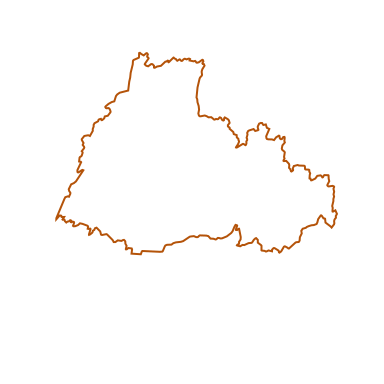 outline of Kemerovo, rotated 310°
{"feature_id": "RUS-2401", "entity_name": "Kemerovo", "entity_type": "Region", "adm_level": 1, "iso_a3": "RUS", "parent_name": "Russia", "parent_adm1": "", "projection": "natural_earth1", "projection_center": [87.523, 54.5], "detail": "fine", "context": "isolated", "style": "outline", "palette": "amber", "viewbox_px": 384, "rotation_deg": 310, "n_neighbors": 0, "source": "natural_earth", "source_scale": "10m", "svg_char_len": 6005}
<svg xmlns="http://www.w3.org/2000/svg" viewBox="0 0 384 384"><g transform="rotate(310 192 192)"><path d="M260.6,64.9L261.3,64.7L264.4,62.2L265.1,62.6L265.1,64.5L265.6,67.2L268.6,67.7L269.1,67.9L269.4,68.4L269.1,69.7L267.4,70.3L266.8,70.7L266.8,72.3L266.4,72.9L259.9,73.5L259.4,73.8L259.3,75.8L260.1,77.6L263.8,78.5L264.5,79.6L264.3,81.7L262.9,82.9L263.2,83.6L265.7,84.6L268.7,87.1L274.7,87.8L275.5,88.5L277.0,88.9L277.2,89.4L276.4,90.1L276.3,90.6L276.6,90.8L283.1,91.4L283.2,91.6L283.0,92.8L283.5,94.1L283.0,95.7L283.1,96.4L285.6,97.2L285.8,97.7L285.5,99.0L285.8,99.9L286.4,100.2L288.0,100.2L289.2,100.6L289.5,100.9L290.1,102.6L291.9,103.6L292.4,104.2L292.6,105.0L291.2,105.6L293.1,109.2L294.4,110.1L294.4,110.8L294.0,112.1L294.2,112.7L295.7,113.8L299.9,114.9L300.1,115.6L299.4,116.7L297.3,117.2L297.0,118.0L297.6,118.9L296.8,120.4L292.7,121.0L291.2,121.6L290.2,122.2L288.2,124.4L287.4,124.7L284.9,124.6L283.6,125.0L275.7,129.0L267.3,134.7L266.4,136.4L264.3,138.5L262.2,141.8L259.6,144.5L256.2,146.4L255.0,148.2L255.0,149.2L255.6,150.0L258.8,152.6L259.5,154.5L259.8,156.6L261.7,158.7L261.7,162.4L262.1,162.9L263.4,163.4L264.0,164.6L264.7,165.2L266.9,165.2L267.3,165.8L267.4,166.7L266.6,168.7L266.8,170.0L267.5,170.3L269.2,169.2L270.2,169.2L270.8,172.6L270.6,174.2L269.1,176.4L266.3,176.5L265.3,177.4L265.5,179.4L264.6,180.2L264.5,185.1L263.2,186.8L264.3,189.6L262.6,191.3L262.6,193.2L261.7,194.2L261.1,195.4L260.6,195.8L257.9,196.6L254.9,196.9L254.4,197.1L254.5,197.4L255.2,197.9L261.5,200.0L261.9,200.5L262.2,202.8L262.9,203.0L264.3,202.4L265.7,201.1L267.2,200.9L268.1,200.1L268.6,199.0L271.7,197.6L272.7,196.3L274.7,195.8L275.9,196.2L279.8,198.7L279.4,201.2L281.7,202.8L282.3,202.9L283.6,201.0L284.4,200.3L287.5,199.5L289.1,200.3L289.9,201.4L289.3,202.9L289.2,203.6L291.2,205.1L289.3,208.1L290.0,210.7L282.4,213.0L281.1,214.4L280.8,215.4L281.4,216.6L283.7,219.5L284.5,221.5L288.0,221.3L291.0,222.3L291.2,222.8L289.5,224.9L289.6,226.2L290.3,226.8L292.8,226.6L293.6,227.4L293.1,228.2L290.5,229.9L289.6,231.3L285.8,231.3L283.1,232.8L282.6,233.4L282.3,234.1L282.3,236.9L282.0,237.6L278.0,240.0L277.1,241.4L275.6,241.6L274.7,242.0L274.7,242.5L276.4,244.2L275.9,248.1L275.1,249.3L272.9,250.8L272.6,252.8L271.5,254.5L271.7,255.1L273.5,255.5L274.0,255.2L274.5,254.2L277.3,253.3L280.6,255.6L281.0,256.9L284.2,261.0L284.3,261.7L284.0,262.2L282.3,263.8L282.2,264.2L282.3,264.6L284.2,267.1L284.2,267.7L283.0,268.8L282.3,270.5L280.8,271.2L278.0,273.2L277.9,273.4L278.4,274.1L277.5,275.7L277.9,276.2L281.5,277.8L284.9,277.6L287.4,279.8L287.5,280.6L287.0,282.5L287.5,282.8L289.5,282.4L290.1,282.6L292.5,285.7L292.4,286.0L290.0,288.2L288.5,290.2L284.6,291.1L284.0,291.5L283.9,292.6L284.1,293.1L287.1,295.8L287.5,297.1L287.3,297.6L285.4,298.3L283.6,300.7L281.2,301.9L279.8,303.8L277.5,304.8L276.0,306.1L271.4,308.4L270.3,310.0L267.6,311.9L267.4,312.3L267.9,312.8L270.1,313.6L268.4,317.1L266.0,317.6L264.8,318.8L263.1,318.8L261.9,319.1L260.7,319.9L259.6,321.1L258.5,321.6L254.5,321.8L254.7,320.2L254.4,313.9L257.0,311.2L257.0,310.6L256.3,309.7L257.2,306.7L257.1,305.9L256.8,305.7L252.3,306.1L249.2,307.6L247.5,308.0L245.0,306.6L243.3,304.9L240.8,303.3L239.0,302.4L237.7,302.2L235.0,300.4L232.5,300.7L230.8,302.7L226.7,303.7L223.9,305.7L222.3,305.9L220.7,304.3L219.9,303.8L211.0,302.6L210.7,302.1L210.7,300.9L210.2,298.4L209.8,297.8L209.1,297.6L203.8,298.5L201.8,298.0L201.7,297.4L202.7,296.1L202.7,295.5L202.1,291.5L201.8,290.8L201.2,290.5L199.3,290.4L198.0,291.4L196.4,288.2L194.6,287.4L193.9,286.9L193.6,285.5L192.0,283.1L192.0,282.7L195.5,279.8L195.7,279.1L195.5,275.0L197.6,273.2L197.9,270.8L197.3,270.4L195.2,270.1L192.0,270.5L191.3,270.3L189.2,268.2L185.0,266.2L183.9,264.7L181.4,263.8L180.0,261.0L180.0,260.7L180.7,260.6L182.4,261.3L183.3,260.8L183.9,260.1L186.9,259.7L188.8,258.3L194.1,251.7L193.7,251.3L191.8,251.0L191.2,250.0L191.7,249.6L195.2,248.3L195.4,247.8L194.8,246.5L192.8,246.8L188.0,248.3L185.8,248.4L180.4,247.2L175.8,244.8L174.8,243.8L174.1,242.2L173.4,241.3L171.4,241.0L170.8,240.6L170.0,238.5L168.2,236.1L168.7,232.9L167.8,231.0L163.8,225.9L162.9,225.6L161.7,225.6L160.7,225.0L160.1,224.1L159.4,221.8L157.2,219.7L156.3,219.0L148.7,216.8L146.7,215.5L143.0,212.0L140.8,210.6L138.5,210.1L135.5,206.8L134.0,206.0L132.9,206.1L128.1,207.6L127.3,207.6L125.6,205.9L114.9,191.9L114.2,191.8L111.4,192.8L105.9,185.3L109.5,183.0L110.0,182.1L108.2,179.3L106.1,178.8L105.6,178.3L105.7,178.0L108.7,176.5L109.6,174.2L111.3,172.6L111.5,171.8L111.6,170.7L111.0,170.1L109.2,169.4L107.2,166.2L104.4,165.5L103.3,164.2L104.1,162.4L104.3,161.0L104.9,154.2L104.7,153.5L101.2,150.7L100.9,149.7L102.8,147.0L103.3,141.8L101.9,141.0L100.1,141.5L98.6,141.0L97.1,141.7L96.4,141.7L93.9,141.2L93.0,140.7L93.3,140.3L98.4,138.1L98.5,137.5L97.2,136.5L96.8,135.7L98.5,134.8L98.9,134.3L98.9,133.4L97.2,128.6L96.0,126.3L93.5,126.0L90.7,124.5L89.6,123.3L89.6,122.6L92.6,121.5L93.1,120.8L92.7,119.8L91.2,119.0L91.1,118.7L92.3,118.1L92.4,117.5L92.1,116.8L90.5,116.6L89.2,115.6L87.8,115.3L88.0,113.3L88.8,112.1L88.7,111.7L87.7,110.9L87.7,110.5L90.7,110.1L89.1,108.3L89.1,107.9L89.8,107.1L89.6,106.6L88.9,105.7L83.9,105.6L84.8,104.9L104.7,98.7L106.6,98.3L108.9,99.7L109.3,100.8L112.5,99.9L113.3,99.2L113.8,97.3L114.9,95.8L120.2,94.5L122.9,95.8L125.5,96.3L138.8,94.8L138.6,94.0L137.8,93.5L134.1,92.5L133.7,92.0L133.7,91.5L134.4,90.7L135.3,90.1L143.6,87.9L143.7,87.4L142.8,85.9L146.0,83.8L146.7,83.7L148.3,84.2L149.1,84.1L151.8,83.0L152.2,82.4L152.4,81.3L155.9,81.2L156.8,80.9L157.3,80.2L157.8,78.0L159.8,77.4L161.0,74.2L161.6,73.6L165.7,73.5L168.4,75.7L168.9,76.3L169.3,77.8L175.1,76.7L176.4,75.5L178.9,74.6L180.2,73.5L182.0,73.1L185.8,74.6L187.3,74.0L188.1,74.2L189.5,75.2L188.9,76.5L189.4,77.0L192.0,77.4L193.8,76.6L196.3,78.5L200.6,78.3L201.4,77.8L202.5,75.9L202.7,74.9L202.7,74.2L201.2,72.7L201.0,72.0L201.4,70.9L202.2,70.8L205.8,71.4L209.3,72.7L211.5,74.2L216.6,72.1L218.6,72.0L221.6,72.8L228.7,77.9L236.2,73.0L239.9,71.1L243.9,68.4L251.6,64.6L254.5,62.5L255.6,62.4L260.6,64.9Z" fill="none" stroke="#b45309" stroke-width="2"/></g></svg>